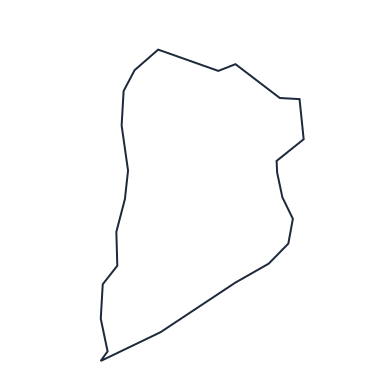 the district of Seo-gu [West District], South Jeolla, South Korea, rotated 348°
{"feature_id": "91817680B87996420220515", "entity_name": "Seo-gu [West District]", "entity_type": "district", "adm_level": 2, "iso_a3": "KOR", "parent_name": "South Korea", "parent_adm1": "South Jeolla", "projection": "orthographic", "projection_center": [126.854, 35.133], "detail": "fine", "context": "isolated", "style": "outline", "palette": "slate", "viewbox_px": 384, "rotation_deg": 348, "n_neighbors": 0, "source": "geoboundaries", "source_scale": "gbopen_adm2", "svg_char_len": 468}
<svg xmlns="http://www.w3.org/2000/svg" viewBox="0 0 384 384"><g transform="rotate(348 192 192)"><path d="M67.5,338.3L132.0,322.6L215.4,289.7L252.2,278.0L275.5,262.5L285.1,239.2L279.3,216.0L279.3,190.8L281.2,179.2L312.2,163.6L316.5,123.5L297.4,118.3L261.1,76.0L242.9,79.0L188.5,45.7L161.2,60.9L146.1,79.0L137.0,112.3L133.9,157.7L124.9,185.0L109.7,215.3L103.6,248.6L85.5,263.7L76.4,297.0L76.3,330.4L67.5,338.3Z" fill="none" stroke="#1e293b" stroke-width="2"/></g></svg>